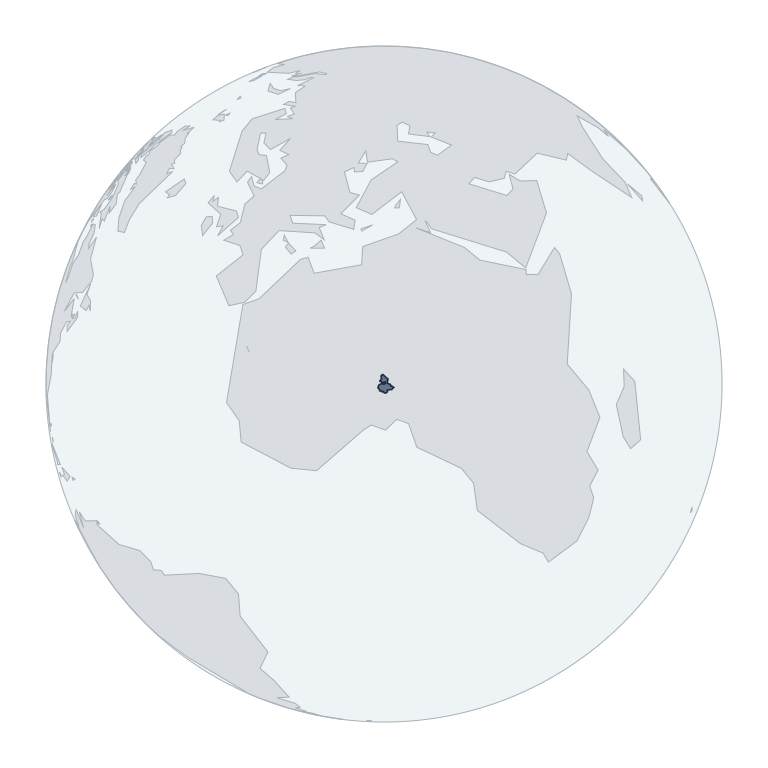 Bauchi on an orthographic globe, rotated 327°
{"feature_id": "NGA-2858", "entity_name": "Bauchi", "entity_type": "State", "adm_level": 1, "iso_a3": "NGA", "parent_name": "Nigeria", "parent_adm1": "", "projection": "orthographic", "projection_center": [9.972, 11.0], "detail": "fine", "context": "on_globe", "style": "filled", "palette": "slate", "viewbox_px": 768, "rotation_deg": 327, "n_neighbors": 0, "source": "natural_earth", "source_scale": "10m", "svg_char_len": 10547}
<svg xmlns="http://www.w3.org/2000/svg" viewBox="0 0 768 768"><g transform="rotate(327 384 384)"><circle cx="384" cy="384" r="338" fill="#eef3f6" stroke="#a8b0b8"/><path d="M272.3,65.1L275.5,64.0L264.4,68.3L266.4,68.1L258.7,71.1L267.0,68.5L273.6,65.9L279.5,64.1L281.3,64.1L271.8,67.6L269.5,68.1L267.6,69.2L262.1,71.1L265.9,70.1L254.1,75.0L268.3,70.4L261.1,74.5L252.6,77.8L250.2,77.1L224.7,86.5L215.4,91.4L204.6,98.1L191.0,110.3L182.1,116.7L172.3,125.5L178.6,121.6L188.6,113.5L198.0,109.4L209.0,101.1L214.5,98.7L227.1,91.3L228.6,93.1L223.2,99.4L212.8,106.0L210.1,109.3L222.8,104.3L206.1,119.1L199.8,134.0L195.1,138.4L180.9,143.1L173.9,138.8L155.6,148.9L170.8,143.6L158.8,156.4L158.3,159.5L160.9,160.1L166.8,156.1L163.4,161.2L147.0,167.3L149.9,162.7L155.0,160.5L151.6,159.0L140.5,165.1L135.3,172.0L124.1,176.9L120.2,182.3L115.6,187.0L122.5,177.8L109.8,195.1L95.8,209.7L78.3,242.4L91.8,214.9L94.3,210.0L94.4,209.9L108.6,188.1L124.5,167.5L141.9,148.2L160.8,130.3L180.9,113.9L202.3,99.1L224.7,86.0L248.1,74.6L272.3,65.1ZM50.5,329.6L50.8,329.1L50.4,337.7L53.7,325.9L57.4,321.6L53.8,340.9L58.8,325.2L58.9,336.2L68.5,342.1L66.8,345.9L74.4,374.4L88.4,390.6L91.6,406.2L89.4,414.3L95.6,419.0L95.8,424.8L125.7,442.1L145.3,460.8L147.6,480.8L136.9,500.4L140.7,545.6L125.1,554.9L130.2,572.4L133.9,594.9L123.2,588.8L135.7,603.5L137.5,609.4L133.2,607.2L140.6,616.2L137.8,614.4L145.4,621.9L153.2,630.8L165.2,641.5L168.3,644.1L146.3,624.2L126.2,602.4L108.0,579.0L101.9,570.0L70.7,506.5L65.1,492.2L57.9,472.3L53.8,455.8L49.5,431.9L46.9,407.8L46.1,383.5L47.3,365.0L49.8,338.1L50.2,333.0L48.8,341.3L49.1,338.6L50.5,329.6ZM71.7,254.9L73.2,253.2L68.7,275.2L66.4,273.7L67.7,271.4L69.9,263.3L72.3,254.5L71.7,255.0L71.7,254.9ZM82.0,237.8L82.4,235.5L82.7,236.4L82.0,237.8ZM225.4,90.9L226.2,91.1L223.5,92.3L225.4,90.9ZM230.2,87.7L226.4,89.1L228.1,87.8L230.4,87.0L230.2,87.7ZM234.4,86.5L231.6,85.5L234.6,83.4L245.9,78.9L234.4,86.5ZM275.0,65.2L267.9,67.9L272.1,65.8L275.0,65.2ZM288.5,59.8L288.1,60.0L290.2,59.4L302.8,56.0L304.7,55.6L298.2,57.4L290.2,59.6L297.5,57.8L276.2,64.4L279.5,62.7L288.5,59.8ZM282.2,63.3L282.0,62.9L291.8,59.8L293.8,60.1L290.0,61.0L282.2,63.3ZM317.1,52.8L305.7,55.3L304.8,55.5L317.1,52.8ZM288.7,61.7L294.6,60.5L291.6,62.1L282.9,63.6L288.7,61.7ZM293.5,59.0L298.2,57.7L296.2,58.5L293.5,59.0ZM284.4,68.3L284.1,67.2L289.1,65.4L284.4,68.3ZM296.9,60.0L297.9,59.5L299.9,58.9L303.0,58.6L296.9,60.0ZM310.0,54.6L310.4,54.7L315.8,53.2L319.6,52.8L309.9,55.0L315.7,53.9L316.8,53.8L307.6,55.9L310.0,54.6ZM312.1,56.5L301.1,60.1L300.6,62.2L296.1,63.8L297.7,60.2L312.1,56.5ZM310.3,55.8L310.4,56.5L304.7,57.7L301.2,58.1L310.3,55.8ZM325.6,51.8L322.3,51.9L324.5,51.5L325.6,51.8ZM313.1,56.7L315.7,55.9L313.7,56.7L313.1,56.7ZM323.0,52.9L321.5,52.8L324.1,52.3L323.0,52.9ZM322.2,54.6L318.6,55.6L316.1,55.7L322.2,54.6ZM323.5,53.6L327.4,52.9L317.3,55.1L322.4,53.6L323.5,53.6ZM325.7,52.4L326.7,52.1L326.0,52.5L325.7,52.4ZM333.8,54.0L321.8,56.8L316.2,56.8L328.7,54.0L333.8,54.0ZM186.4,657.7L186.5,657.0L189.6,659.0L190.2,660.0L186.4,657.7ZM714.4,313.2L712.7,307.0L717.5,331.6L719.2,341.3L720.9,357.7L719.8,346.5L718.7,340.8L715.1,319.5L706.9,290.4L707.1,298.6L703.4,286.3L692.1,264.5L690.4,275.9L690.1,314.0L696.1,346.2L693.3,362.4L674.9,320.2L663.6,290.8L658.8,295.5L638.2,273.8L608.2,279.2L602.2,272.1L596.9,277.1L582.1,271.6L572.4,260.0L564.2,262.3L589.8,292.9L598.4,290.7L603.2,276.4L608.9,288.0L622.9,296.5L613.4,329.1L566.0,363.9L558.7,340.2L508.4,279.7L508.4,272.3L508.1,271.5L507.3,270.1L505.5,282.3L495.9,270.6L525.7,313.1L531.9,332.3L565.4,365.4L563.0,369.6L572.9,376.0L601.4,362.4L602.2,370.5L590.4,410.4L548.5,467.1L552.5,500.5L546.9,529.6L517.4,551.3L516.7,572.7L501.0,581.6L497.8,593.7L483.3,607.4L460.4,620.7L424.9,622.9L425.3,612.4L411.5,592.2L393.4,540.9L405.1,516.1L403.0,497.0L377.1,454.9L383.0,430.6L375.4,420.6L360.1,423.5L351.0,411.5L341.4,411.4L280.2,420.0L260.1,403.9L232.6,354.9L242.6,335.9L241.9,313.7L308.9,240.5L325.9,244.5L381.8,234.0L389.3,236.4L385.8,253.1L430.2,271.8L440.9,257.2L478.2,266.1L500.9,263.9L503.6,232.4L466.3,235.2L456.8,221.0L484.3,205.9L516.5,205.2L513.8,199.7L490.9,189.0L495.7,178.6L482.7,184.7L489.9,189.8L481.9,194.2L474.8,190.0L476.8,186.1L466.4,184.5L459.7,204.8L466.3,212.2L440.5,217.7L449.0,230.9L442.9,237.8L426.3,218.2L425.9,210.7L397.0,191.4L395.1,199.5L422.2,218.8L414.9,217.5L412.4,230.4L408.5,219.7L379.4,198.1L354.5,204.2L327.1,236.4L311.6,239.6L296.6,233.8L302.1,202.1L336.2,198.9L338.6,189.3L327.9,176.1L339.1,176.7L339.0,171.5L351.5,170.3L365.4,157.3L377.5,155.6L379.4,140.5L385.9,137.9L382.9,147.3L387.4,153.5L417.1,151.2L421.8,147.7L420.6,138.5L429.0,139.7L424.0,131.2L439.4,127.1L416.5,125.6L414.6,116.4L421.8,109.3L417.1,106.4L405.2,118.3L404.2,123.6L409.8,128.3L403.4,144.4L394.0,147.7L385.2,131.0L370.8,134.4L370.2,121.4L402.7,94.6L418.0,89.8L450.9,98.8L449.4,104.0L436.8,103.0L451.7,111.6L448.9,107.1L455.9,108.7L455.7,101.6L460.6,102.5L452.1,94.9L458.1,95.2L463.4,100.0L468.3,91.4L479.8,91.2L478.5,89.0L473.9,86.7L491.5,88.8L489.8,87.2L483.4,85.7L475.8,81.8L469.3,76.1L475.8,77.1L479.0,79.3L495.5,86.1L503.1,92.6L505.0,92.6L500.0,87.2L479.9,78.8L474.2,75.2L484.0,78.4L480.0,76.9L479.2,75.5L484.4,75.4L473.7,71.8L455.8,58.9L464.1,58.5L474.9,62.0L469.2,57.6L479.0,59.7L473.1,58.1L469.8,57.2L493.6,64.3L516.8,73.3L539.2,83.8L560.9,96.1L581.5,109.8L601.1,125.1L619.6,141.7L636.7,159.7L652.5,178.9L666.9,199.1L679.7,220.4L690.9,242.6L700.5,265.5L708.3,289.1L714.4,313.2ZM289.4,277.5L288.4,284.1L289.4,277.5ZM553.4,221.3L570.8,220.4L558.1,202.6L563.7,201.2L557.3,196.1L557.1,201.4L540.7,187.6L546.4,181.5L541.8,174.2L535.7,174.3L527.8,187.8L551.2,207.1L549.3,215.2L553.4,221.3ZM68.9,342.0L69.6,346.5L67.7,345.6L68.9,342.0ZM63.6,280.9L63.8,282.6L63.1,286.2L62.5,286.2L63.6,280.9ZM71.7,292.3L73.2,295.5L70.6,295.4L71.7,292.3ZM68.5,278.2L70.4,290.5L65.5,292.9L64.8,285.6L66.7,286.0L68.5,278.2ZM76.8,247.7L76.4,249.8L74.8,252.9L76.8,247.7ZM82.2,238.6L83.2,235.4L82.2,238.6ZM159.8,156.0L161.0,155.7L162.6,157.4L159.6,158.7L159.8,156.0ZM183.2,154.4L177.3,162.8L179.4,157.3L174.1,160.2L171.9,153.1L192.6,140.3L183.6,147.0L183.2,154.4ZM174.9,141.4L173.9,146.5L174.1,141.5L174.9,141.4ZM325.8,147.0L331.2,149.8L328.1,155.7L312.7,160.7L317.0,151.8L325.8,147.0ZM339.6,152.6L335.1,136.3L344.5,133.5L340.0,137.6L346.7,137.4L341.2,144.2L354.5,158.6L352.7,165.0L325.2,169.1L335.2,163.8L329.3,160.9L339.6,152.6ZM307.2,108.5L305.4,103.9L328.1,103.3L327.1,107.9L311.7,112.4L303.8,109.8L307.2,108.5ZM254.8,79.7L252.7,79.8L255.3,78.5L259.3,77.5L254.8,79.7ZM283.9,67.9L267.0,79.1L263.7,79.5L257.8,86.9L246.8,90.9L251.0,85.8L238.1,95.1L237.4,92.1L229.6,98.6L240.1,86.7L239.0,85.1L244.4,85.1L254.6,81.2L258.7,79.1L269.4,72.4L272.0,68.2L282.5,64.6L289.3,63.2L290.2,63.6L283.1,65.6L289.5,64.8L279.9,68.2L283.9,67.9ZM362.1,62.0L353.4,61.9L364.7,65.2L355.2,66.7L357.1,67.0L351.4,69.6L347.8,73.6L343.0,74.0L343.6,75.4L339.9,77.6L339.2,79.9L330.4,81.7L328.8,84.9L325.5,84.0L325.2,89.2L321.5,86.3L316.3,89.4L322.6,90.6L276.8,99.5L260.5,107.2L248.8,115.6L244.1,110.8L252.0,100.4L266.3,89.2L282.7,83.2L277.6,82.7L283.9,79.9L285.3,81.5L287.0,77.5L292.6,75.7L305.3,68.7L304.2,65.2L308.9,63.0L312.1,63.5L314.5,61.0L323.7,60.9L327.3,59.5L339.9,58.5L344.1,61.2L347.7,59.6L357.5,59.4L362.1,62.0ZM337.3,53.8L344.5,55.6L342.8,57.6L321.5,58.7L317.0,60.0L303.3,61.8L306.0,59.0L309.7,58.6L313.9,57.7L311.4,58.9L316.5,57.3L321.8,57.0L327.2,55.8L328.0,56.5L337.3,53.8ZM396.1,229.9L401.5,230.3L409.7,229.1L408.2,237.7L396.1,229.9ZM375.9,215.3L380.6,214.0L382.6,224.4L376.9,224.4L375.9,215.3ZM381.5,204.9L380.7,213.1L377.8,208.6L381.5,204.9ZM387.1,146.0L391.9,144.6L393.1,146.6L391.2,150.1L387.1,146.0ZM393.6,75.6L388.9,74.4L389.9,73.5L384.5,69.3L391.1,68.3L397.0,70.5L393.6,75.6ZM498.3,238.2L492.8,244.6L488.8,242.1L491.5,240.3L498.3,238.2ZM449.1,241.3L461.2,244.4L448.6,243.6L449.1,241.3ZM399.9,73.9L396.9,72.1L402.1,72.8L399.9,73.9ZM395.7,67.5L401.5,67.9L391.3,67.8L395.7,67.5ZM575.4,654.9L573.8,657.7L570.6,658.9L575.4,654.9ZM595.8,518.4L568.9,570.5L555.6,572.5L555.9,558.5L567.7,527.7L584.1,516.9L593.0,502.0L595.8,518.4ZM721.9,388.1L719.3,357.6L720.2,356.5L721.5,367.2L721.9,388.1ZM697.2,348.9L702.7,366.7L700.6,371.0L697.2,348.9ZM452.3,69.9L452.5,76.2L456.9,81.6L466.3,85.3L453.1,83.4L446.2,75.1L452.3,69.9ZM454.7,59.8L446.4,57.6L449.8,57.5L452.2,58.0L454.7,59.8ZM449.8,59.1L440.0,58.6L435.3,56.8L444.0,57.5L449.8,59.1ZM420.2,64.4L419.8,66.2L415.6,65.4L420.2,64.4ZM457.6,54.2L458.2,54.3L453.7,53.4L457.6,54.2ZM443.5,51.4L443.9,51.4L442.8,51.2L443.5,51.4ZM449.1,52.7L443.5,51.4L452.7,53.3L449.1,52.7Z" fill="#d9dde1" stroke="#a8b0b8" stroke-width="1"/><path d="M390.0,392.3L389.6,392.2L389.2,392.3L388.5,392.6L387.7,392.7L387.4,392.9L387.2,392.8L386.3,392.2L383.4,390.9L383.2,390.9L383.2,391.0L383.3,391.4L383.4,391.6L383.3,391.8L382.9,392.0L382.6,392.4L382.4,392.5L382.2,392.6L381.3,392.6L380.4,392.5L380.1,392.4L379.9,392.0L379.6,391.7L379.4,391.6L379.3,391.3L379.4,391.1L379.5,391.0L379.5,390.8L379.5,390.3L379.4,389.9L379.0,389.8L378.3,389.9L378.1,389.7L378.1,388.8L378.1,388.5L378.0,388.2L377.8,387.9L377.4,387.8L377.1,387.9L376.9,387.6L376.7,387.5L376.6,387.4L376.8,387.0L376.9,386.6L377.1,386.4L377.3,386.0L377.3,385.6L377.0,385.2L376.8,384.8L376.8,384.3L376.9,383.9L377.0,383.5L377.4,383.5L377.6,383.4L377.7,383.2L378.0,382.9L378.6,382.2L379.0,382.1L379.7,382.0L380.0,382.0L380.4,382.1L380.7,382.2L381.1,382.3L381.5,382.2L381.7,382.5L382.0,382.6L382.7,382.5L383.1,382.5L383.3,382.7L383.4,383.0L383.4,383.4L383.4,383.8L383.5,384.1L383.9,384.3L384.8,384.2L385.0,384.3L385.4,384.3L385.3,384.1L385.4,383.7L386.1,383.4L386.3,383.3L386.4,383.1L386.4,382.9L386.0,382.8L385.5,382.8L384.6,382.6L384.2,382.5L383.6,381.7L383.4,381.3L383.1,381.3L383.0,381.2L383.2,380.6L383.2,380.4L383.1,380.0L383.0,379.8L382.8,379.7L382.6,379.8L382.2,379.9L382.0,379.7L382.1,379.3L382.4,379.0L382.9,378.9L383.1,378.8L383.3,378.7L385.1,378.0L385.2,377.8L385.1,377.6L385.1,377.4L385.6,376.2L385.7,375.7L385.8,375.6L386.0,375.5L386.4,375.5L386.6,375.6L386.9,375.6L387.7,375.1L388.1,375.4L388.4,375.7L388.5,375.9L388.6,376.4L388.6,376.6L388.6,376.9L388.7,377.0L388.8,377.3L388.9,377.5L388.9,377.9L389.1,378.9L389.8,380.6L389.8,381.1L389.6,382.0L390.0,382.2L389.9,382.3L389.8,382.5L389.7,382.6L389.1,382.9L388.9,383.3L388.7,383.5L388.2,383.6L387.9,384.2L387.7,384.9L387.6,385.1L387.3,385.5L387.9,386.0L388.1,386.4L388.2,386.8L388.6,387.0L388.9,387.3L389.1,387.6L389.0,388.4L389.1,388.6L389.1,388.8L388.4,389.1L388.4,389.3L388.6,389.7L389.8,390.5L390.0,390.9L390.0,391.3L390.1,391.7L390.3,392.0L390.4,392.3L390.0,392.3Z" fill="#64748b" stroke="#1e293b" stroke-width="1.5"/></g></svg>